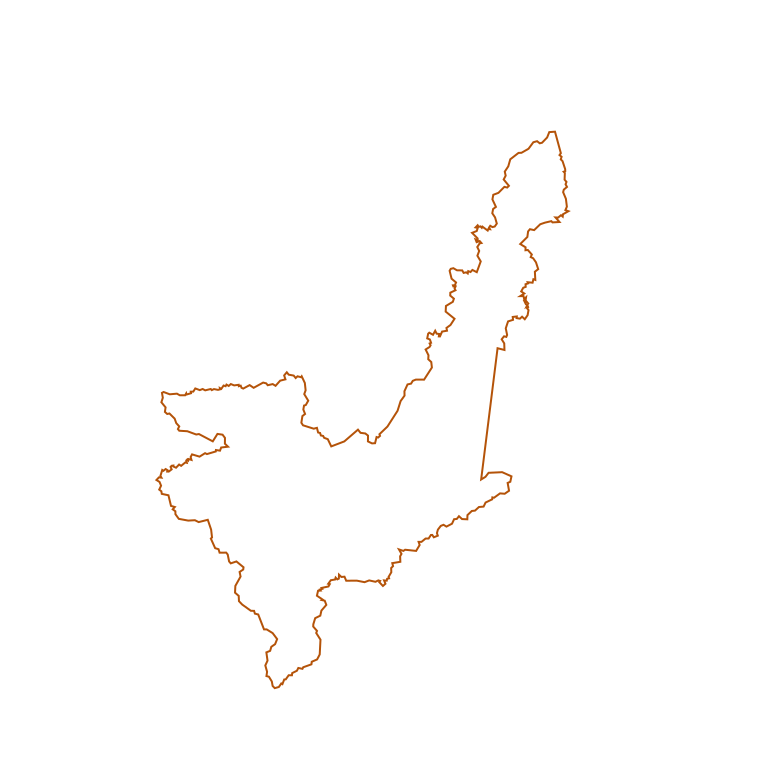 the district of Yolombó, Antioquia, Colombia, rotated 310°
{"feature_id": "7082276B53118394931", "entity_name": "Yolombó", "entity_type": "district", "adm_level": 2, "iso_a3": "COL", "parent_name": "Colombia", "parent_adm1": "Antioquia", "projection": "natural_earth1", "projection_center": [-74.913, 6.668], "detail": "fine", "context": "isolated", "style": "outline", "palette": "amber", "viewbox_px": 768, "rotation_deg": 310, "n_neighbors": 0, "source": "geoboundaries", "source_scale": "gbopen_adm2", "svg_char_len": 6152}
<svg xmlns="http://www.w3.org/2000/svg" viewBox="0 0 768 768"><g transform="rotate(310 384 384)"><path d="M395.2,541.0L392.4,531.2L383.2,521.2L378.1,521.4L373.3,519.8L484.4,448.0L487.5,454.4L492.4,450.0L493.9,445.4L497.7,445.3L498.7,447.4L500.7,446.8L504.9,441.5L511.7,438.8L516.1,441.6L518.1,439.5L521.1,442.3L519.7,443.2L521.4,446.1L524.3,446.5L524.1,450.2L529.0,449.8L533.5,447.2L533.9,445.1L535.5,445.1L536.1,444.0L534.8,443.5L537.4,442.9L536.3,441.4L537.6,438.5L538.7,440.9L539.1,438.7L541.7,437.1L539.1,436.8L541.0,434.4L538.9,431.9L543.5,433.3L543.1,429.6L547.2,428.8L549.5,430.1L551.4,428.3L553.7,429.7L554.3,428.6L557.1,432.7L560.3,431.1L561.0,433.0L567.0,427.4L571.1,428.3L574.9,422.2L576.2,417.4L575.5,414.8L578.2,414.0L579.1,408.0L577.4,406.4L579.7,404.6L578.8,398.4L588.8,399.3L593.5,396.3L596.4,396.3L598.4,400.1L606.8,401.0L611.1,403.6L616.3,407.5L616.1,409.2L620.9,414.3L621.8,408.3L623.4,410.4L627.1,411.1L627.1,413.3L629.1,412.0L634.9,414.2L633.8,411.2L637.4,410.1L642.8,404.3L646.1,397.9L648.5,396.8L652.6,397.5L653.7,394.7L656.1,393.9L656.6,391.0L661.9,386.9L662.1,385.2L663.6,386.0L665.1,384.6L669.5,377.5L669.7,375.0L672.2,374.0L672.2,371.3L674.5,371.1L687.2,352.8L683.2,348.7L677.7,350.5L670.4,350.0L668.5,348.6L668.4,345.2L665.2,343.0L657.1,343.5L649.5,340.7L647.5,338.5L637.3,336.3L630.6,339.3L624.3,340.0L621.8,343.3L617.6,344.2L616.1,352.3L613.7,352.1L612.4,349.5L604.0,348.8L599.2,346.1L595.1,348.4L591.6,355.9L588.2,355.1L584.4,357.2L583.0,362.0L579.4,367.3L575.8,367.6L573.9,366.2L573.5,363.7L571.4,363.9L570.7,365.7L569.8,364.3L568.2,364.8L567.8,358.2L566.5,358.5L566.7,356.5L565.2,355.5L565.8,353.7L562.8,353.5L563.8,355.5L560.8,356.7L556.4,354.3L555.7,362.1L554.3,363.5L553.6,361.2L552.2,363.8L555.0,365.4L554.6,368.0L553.2,366.9L548.9,367.4L547.1,371.4L542.3,373.1L540.1,379.3L529.3,383.2L528.2,378.4L525.4,378.3L524.6,376.0L522.5,377.1L522.4,375.2L520.3,373.6L521.3,370.9L518.0,366.8L517.3,362.7L515.1,361.1L512.9,361.5L508.1,368.1L508.1,373.9L505.3,374.8L503.9,373.4L503.3,374.5L504.7,376.1L502.4,376.8L501.8,378.5L496.6,376.1L494.3,377.9L494.3,382.7L491.2,383.9L483.6,381.3L479.1,384.7L479.3,396.1L471.9,397.0L467.1,395.8L465.3,398.0L461.5,394.8L456.4,396.3L455.7,395.4L457.8,394.1L456.4,392.0L457.7,389.0L453.2,389.9L452.4,385.7L450.9,385.5L446.7,387.8L447.6,390.5L445.8,393.6L444.4,392.9L443.6,394.8L441.6,395.1L437.2,393.7L434.6,399.6L431.4,402.0L431.2,406.1L427.4,410.1L413.1,411.9L407.9,405.6L404.9,404.0L401.7,404.5L398.8,402.3L391.6,404.3L388.3,407.2L381.6,407.7L372.2,411.6L353.6,414.0L342.6,412.8L341.7,414.3L339.2,413.9L338.6,412.4L332.9,415.2L330.8,413.0L329.7,408.6L334.2,404.9L334.1,401.5L331.5,397.4L332.3,393.4L314.5,390.5L302.3,383.7L305.6,376.4L304.3,372.7L305.1,370.8L304.0,368.7L305.4,366.5L304.5,364.7L307.3,360.8L304.6,358.9L300.3,348.5L301.2,345.6L307.0,342.1L310.3,342.8L312.6,338.6L316.1,336.6L317.6,337.6L322.5,336.7L325.0,329.4L328.8,328.0L333.9,322.7L337.0,316.0L335.9,316.1L334.3,312.8L331.8,312.5L332.4,309.4L329.9,305.0L330.5,302.0L326.4,302.0L324.2,305.5L319.8,302.3L312.9,302.1L312.4,298.8L308.3,295.7L308.8,293.4L307.4,290.5L297.3,286.6L296.8,281.8L290.0,279.1L289.5,277.3L290.6,275.3L289.0,274.2L290.0,273.2L286.6,270.1L285.5,266.7L282.7,266.3L282.3,263.7L280.5,264.1L279.7,262.1L275.7,262.5L275.4,260.9L274.6,261.9L272.8,260.6L270.8,257.0L268.6,256.0L268.8,254.5L264.2,251.1L263.6,248.3L260.9,246.8L259.3,242.3L255.6,242.8L253.9,240.9L252.9,242.1L249.0,239.5L249.7,238.5L247.5,238.9L244.1,234.8L243.5,231.6L238.4,226.5L236.2,220.3L234.5,219.6L231.3,223.4L226.9,225.2L225.7,231.7L221.8,234.1L221.7,237.2L223.5,238.6L222.9,245.9L220.5,250.0L219.9,254.4L217.0,255.1L216.6,257.2L221.4,263.7L224.6,272.6L226.7,274.4L230.0,289.7L238.7,288.5L241.4,292.9L240.5,296.8L236.0,300.5L235.7,304.8L230.7,300.1L227.5,301.2L225.4,297.7L224.2,298.5L216.5,293.4L216.0,291.4L209.8,289.4L206.7,282.2L203.8,282.8L202.1,285.3L201.0,282.7L199.6,283.2L199.9,281.8L198.3,281.7L196.9,283.6L196.2,282.2L190.9,281.2L190.6,278.8L186.2,278.5L185.4,275.7L186.2,275.1L184.9,273.9L183.3,273.8L182.1,276.2L178.5,275.4L177.6,274.2L178.8,273.7L178.5,271.4L175.7,270.8L175.6,269.4L169.9,271.8L169.2,273.7L167.8,271.6L164.2,271.4L164.7,275.0L162.8,278.6L158.6,279.7L158.7,282.4L157.0,284.4L160.2,290.4L153.7,299.2L155.3,302.8L152.2,302.7L152.4,306.0L150.2,307.9L148.8,313.5L153.5,321.8L158.1,326.7L159.1,330.8L166.7,336.3L161.3,345.2L155.9,350.9L154.3,350.7L149.7,360.2L151.1,363.4L149.1,366.5L153.4,371.5L152.9,373.9L148.5,379.4L148.1,381.9L153.2,385.0L153.3,394.2L151.4,395.4L147.2,394.2L144.3,397.9L133.8,399.9L128.4,404.0L128.3,408.9L124.4,412.5L123.9,417.2L124.7,427.8L126.7,430.3L125.1,432.7L126.6,435.8L118.9,449.8L120.6,451.9L121.6,458.8L119.9,466.1L114.7,467.8L110.3,466.6L106.4,468.3L102.8,466.4L97.2,472.6L92.1,474.0L88.4,479.4L84.7,481.7L85.8,484.0L84.0,489.3L81.1,492.8L80.8,495.8L84.3,498.2L88.6,497.8L88.8,499.1L93.5,497.5L94.6,498.6L99.6,498.2L101.7,500.7L103.5,499.5L108.4,501.6L111.4,500.9L113.4,504.6L115.1,504.2L122.6,508.6L124.8,507.2L130.0,509.8L135.5,508.6L147.3,499.7L149.7,492.1L151.8,491.4L152.7,485.7L154.5,484.3L160.4,481.8L165.6,484.1L170.2,481.7L177.7,481.8L179.9,477.9L178.5,475.2L179.4,475.4L178.7,468.7L183.2,466.4L185.0,468.2L185.3,467.0L187.4,468.4L187.7,467.3L193.2,471.6L195.8,471.1L195.1,469.7L199.5,469.4L202.8,472.2L204.6,471.4L204.3,473.8L205.9,474.5L209.0,472.1L208.8,475.4L211.0,477.6L209.0,481.5L215.9,489.6L219.7,496.5L224.0,498.9L227.0,504.6L229.9,505.9L230.6,507.6L229.2,507.7L228.6,513.0L231.9,513.5L233.6,510.3L235.1,512.5L236.8,511.6L238.4,512.8L239.2,511.5L244.5,510.6L247.6,507.8L250.3,508.0L252.1,505.5L258.3,510.8L262.4,507.1L265.1,506.6L266.9,501.8L268.6,506.1L270.6,506.7L276.8,515.9L283.6,514.8L285.3,512.0L287.2,514.2L292.4,515.2L294.3,517.5L298.5,517.0L299.4,518.0L298.6,520.7L302.4,522.7L303.8,520.4L307.1,518.9L311.8,518.7L314.4,520.1L314.9,523.5L320.7,525.9L325.5,524.6L327.4,526.5L330.9,526.4L330.7,530.6L333.9,534.8L337.2,532.2L343.2,532.9L345.5,535.1L350.8,535.8L354.1,539.1L358.5,538.0L365.2,541.0L366.8,539.9L367.6,541.4L374.8,543.2L377.5,547.0L382.6,548.4L387.7,542.3L390.3,543.6L395.2,541.0Z" fill="none" stroke="#b45309" stroke-width="2"/></g></svg>